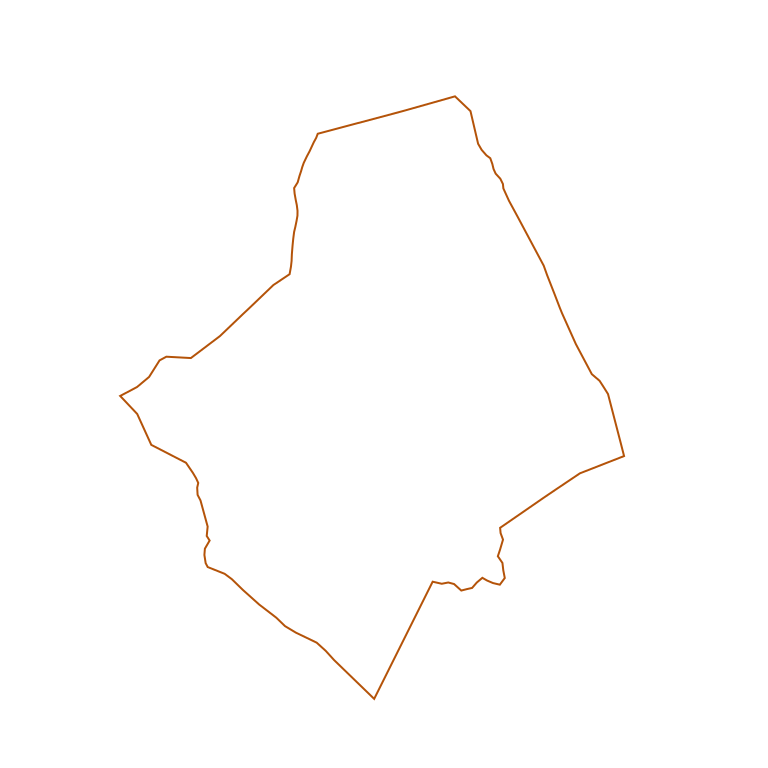 Itainópolis, Piauí, Brazil (orthographic projection), rotated 315°
{"feature_id": "56859067B45157254788804", "entity_name": "Itainópolis", "entity_type": "district", "adm_level": 2, "iso_a3": "BRA", "parent_name": "Brazil", "parent_adm1": "Piauí", "projection": "orthographic", "projection_center": [-41.486, -7.407], "detail": "fine", "context": "isolated", "style": "outline", "palette": "amber", "viewbox_px": 768, "rotation_deg": 315, "n_neighbors": 0, "source": "geoboundaries", "source_scale": "gbopen_adm2", "svg_char_len": 1546}
<svg xmlns="http://www.w3.org/2000/svg" viewBox="0 0 768 768"><g transform="rotate(315 384 384)"><path d="M176.4,262.5L188.3,299.7L186.0,311.8L184.5,317.7L182.7,322.6L178.6,325.2L173.8,330.6L171.9,336.6L158.5,360.1L151.2,366.1L150.0,371.4L140.9,373.8L136.1,377.9L131.2,384.6L129.9,388.8L137.1,405.5L138.4,414.4L138.6,429.9L139.8,451.7L142.6,473.1L142.8,485.2L145.9,497.6L153.5,519.3L153.8,525.4L154.1,531.4L153.5,544.0L154.4,599.7L278.6,558.2L283.6,566.1L289.1,569.8L292.1,575.0L292.6,584.7L297.5,587.6L302.1,590.5L309.2,590.0L316.5,590.6L317.9,595.8L320.3,601.8L324.0,607.8L332.2,606.6L336.6,600.1L341.2,594.3L342.7,586.3L348.9,583.2L358.1,578.2L361.0,571.9L364.4,567.8L415.8,577.2L430.9,580.1L459.4,585.7L502.8,604.7L509.8,592.9L535.3,549.5L537.0,542.1L538.7,534.2L537.9,524.0L547.9,491.4L559.9,459.9L562.3,454.2L568.0,441.4L576.3,422.4L580.6,413.3L596.8,360.1L601.9,342.9L606.7,330.1L609.5,326.7L611.4,321.1L611.7,314.2L613.5,309.4L616.2,305.0L618.8,299.5L618.1,294.7L618.6,287.5L620.4,280.7L638.1,252.2L637.6,230.8L589.7,204.0L514.1,160.2L510.1,162.0L505.3,163.4L500.1,165.3L496.0,166.8L490.4,168.5L483.6,170.9L479.6,172.8L475.8,174.9L471.4,177.1L465.5,180.4L459.0,181.9L455.4,186.2L451.7,191.5L448.8,195.9L445.3,200.4L441.8,203.8L437.4,206.9L432.4,210.2L428.0,212.9L422.3,217.3L417.3,221.4L410.6,227.1L405.6,231.7L401.1,235.3L394.9,239.6L375.8,235.8L343.1,235.1L333.3,234.8L301.9,234.1L265.8,229.1L249.4,210.8L242.0,208.6L222.9,212.9L207.2,211.5L189.0,205.9L188.3,230.7L176.4,262.5Z" fill="none" stroke="#b45309" stroke-width="2"/></g></svg>